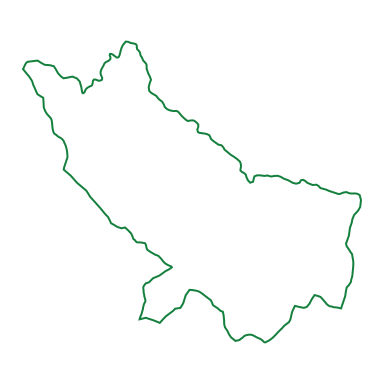 the district of Zobel, Tashigang, Bhutan
{"feature_id": "84629894B82504764239496", "entity_name": "Zobel", "entity_type": "district", "adm_level": 2, "iso_a3": "BTN", "parent_name": "Bhutan", "parent_adm1": "Tashigang", "projection": "natural_earth1", "projection_center": [91.442, 27.065], "detail": "fine", "context": "isolated", "style": "outline", "palette": "green", "viewbox_px": 384, "rotation_deg": 0, "n_neighbors": 0, "source": "geoboundaries", "source_scale": "gbopen_adm2", "svg_char_len": 5314}
<svg xmlns="http://www.w3.org/2000/svg" viewBox="0 0 384 384"><path d="M341.1,308.4L341.8,306.2L343.8,300.3L345.2,296.2L345.9,291.3L346.7,287.4L349.0,285.0L350.9,281.9L351.3,279.4L352.0,277.2L352.3,276.1L353.3,265.5L353.3,261.5L352.0,254.0L350.6,252.2L348.7,249.1L346.7,246.3L346.0,243.6L346.9,241.2L347.7,239.0L348.9,235.6L350.0,227.7L351.7,222.8L352.4,219.1L354.1,215.0L358.0,210.8L360.2,206.9L361.0,200.0L360.0,196.5L359.8,195.3L358.3,194.2L356.9,193.7L354.9,193.4L353.1,193.5L351.0,193.5L348.8,193.1L347.9,192.7L346.6,192.1L343.5,192.5L340.4,193.8L338.4,194.0L333.0,192.2L329.2,191.0L326.0,189.6L322.5,188.6L320.5,188.1L318.4,185.8L316.3,184.7L312.6,185.0L310.6,184.2L307.3,182.8L305.0,180.8L303.0,179.8L300.9,180.3L299.5,182.8L296.0,183.7L292.5,182.7L288.3,180.3L284.1,178.8L280.7,176.8L277.7,175.8L273.8,176.0L271.7,176.5L269.3,176.1L267.2,175.4L265.5,175.9L263.5,175.8L259.6,175.3L257.2,175.3L254.5,176.3L253.8,178.4L253.1,181.7L250.2,182.7L248.0,180.4L246.6,177.6L245.8,174.6L244.0,173.0L241.8,171.9L240.4,170.4L240.6,168.5L241.0,166.7L240.8,164.0L240.0,161.7L239.2,161.0L237.3,159.2L234.1,156.9L230.5,154.6L227.9,152.4L224.5,149.6L223.4,147.4L221.5,145.3L218.3,144.6L216.1,143.0L213.7,141.3L210.7,138.7L210.5,137.5L209.3,135.2L206.7,134.0L204.2,133.5L201.7,133.2L199.8,132.9L198.0,132.2L197.3,129.7L198.3,126.7L198.3,124.5L196.5,122.5L194.9,121.2L193.3,120.4L191.2,120.4L187.9,121.0L186.1,120.0L183.3,117.5L181.5,115.7L178.3,111.8L176.3,110.9L173.5,111.1L169.6,110.3L167.1,109.1L164.8,107.1L163.9,104.6L162.1,101.6L160.3,100.3L158.7,99.0L157.5,97.5L156.2,95.8L153.9,94.5L151.4,93.0L149.3,91.0L148.7,87.5L149.4,84.3L150.3,81.5L151.0,79.8L149.9,76.6L148.3,73.6L147.2,70.3L146.7,69.0L146.5,64.4L144.7,62.0L143.3,60.7L142.0,57.7L140.6,55.5L139.9,52.5L139.0,51.0L137.2,49.2L136.8,47.7L136.8,45.5L135.7,44.0L133.8,43.5L130.8,43.0L128.1,41.8L125.7,41.6L123.8,44.0L122.9,45.1L122.2,46.4L121.5,48.0L121.1,49.4L120.5,51.2L120.3,52.6L119.9,53.7L119.6,55.0L118.8,56.9L117.6,57.6L116.5,57.4L115.3,56.5L113.5,55.1L112.3,54.3L110.8,53.8L110.0,54.0L109.7,55.3L110.1,56.3L110.5,57.7L110.3,59.2L109.0,60.5L107.7,61.2L106.5,61.8L105.8,62.2L104.6,63.2L103.8,64.8L103.3,66.0L102.7,67.0L102.2,67.9L101.7,68.7L101.4,69.5L101.0,70.5L100.6,72.0L100.6,73.7L101.0,75.1L101.5,76.3L102.1,77.6L102.2,79.0L101.8,79.9L100.2,80.6L98.3,80.7L96.3,79.8L95.2,79.5L94.0,79.5L93.0,80.8L92.8,81.8L92.7,82.8L92.3,84.7L91.7,85.6L90.9,86.0L89.4,86.6L88.3,87.2L87.3,87.9L86.3,88.7L85.7,89.6L85.2,90.5L84.6,92.1L83.5,93.1L82.6,93.1L82.1,91.8L81.6,89.1L81.4,87.5L79.7,81.5L76.9,78.4L72.4,76.6L67.6,77.6L63.6,78.3L61.0,76.5L58.0,73.2L55.7,69.1L53.8,66.2L49.9,65.2L44.7,64.8L41.6,63.1L37.6,60.6L27.5,61.8L26.1,63.0L24.8,65.3L23.7,67.9L23.0,69.1L25.4,72.0L26.5,73.4L28.9,76.2L31.4,79.9L32.2,81.4L33.3,85.0L34.7,88.0L35.6,90.1L36.7,92.7L37.5,94.2L41.5,96.8L43.2,97.7L43.5,101.5L43.7,105.3L43.8,107.5L44.1,108.4L45.3,111.3L47.0,114.0L48.9,116.1L51.0,118.5L51.6,120.2L52.0,122.1L52.2,124.8L52.6,128.6L53.1,130.6L53.5,132.2L54.2,133.5L56.2,134.9L58.3,136.7L60.7,138.0L62.2,139.1L63.7,141.0L64.4,142.9L65.3,144.7L66.0,146.8L66.7,149.3L67.2,152.6L67.5,157.1L65.6,163.0L64.2,167.2L63.7,169.6L69.8,174.9L70.7,175.6L76.7,182.4L77.4,183.1L82.8,187.7L86.1,190.4L88.1,193.4L89.3,195.4L89.9,196.5L99.8,207.5L104.8,213.6L108.1,217.1L109.5,219.8L111.1,223.3L113.2,224.4L117.5,227.0L121.7,228.3L123.7,227.8L125.1,227.5L127.5,229.7L131.1,233.4L132.3,235.8L133.0,238.1L133.6,239.2L134.7,239.9L135.4,240.8L136.0,241.6L136.9,242.3L139.2,242.4L141.2,242.5L145.0,243.2L145.9,244.8L146.5,247.7L147.2,249.6L149.6,251.4L155.0,254.6L158.3,255.8L161.1,258.7L163.0,261.2L165.3,263.5L168.2,265.2L171.4,266.5L171.8,267.4L169.1,269.3L165.6,271.1L163.4,272.7L162.0,273.7L159.7,275.4L158.6,275.9L157.7,276.3L153.1,278.2L149.7,281.6L148.9,282.4L145.8,283.3L144.7,284.8L143.9,285.7L143.3,287.3L143.3,288.8L143.6,290.2L143.6,291.6L143.7,292.9L144.2,294.7L144.3,295.9L144.6,297.4L144.9,298.4L145.3,299.7L145.4,300.7L145.3,301.7L144.5,303.0L144.0,304.1L143.6,305.4L143.1,307.5L142.9,309.1L142.4,310.8L142.0,312.3L141.6,313.7L141.1,315.1L140.7,315.9L140.1,317.3L139.6,319.3L145.9,317.8L147.6,318.4L148.6,318.7L153.7,320.4L156.7,321.6L158.9,322.5L159.8,322.9L163.1,319.2L165.0,317.2L165.6,316.5L167.2,315.3L168.5,314.3L169.6,313.5L172.9,311.0L174.4,309.6L175.1,308.7L177.7,308.3L180.4,307.9L183.2,303.3L185.7,295.3L189.5,289.9L191.9,290.0L195.9,290.6L198.9,291.5L201.1,292.8L204.6,295.5L207.1,297.4L211.0,300.4L213.1,305.3L217.6,308.2L220.6,310.9L222.8,311.7L223.6,315.2L224.1,320.3L224.2,324.2L225.0,327.3L227.7,331.4L228.8,334.0L231.1,337.4L235.6,341.0L237.2,340.4L238.2,340.4L239.6,339.9L240.7,338.9L242.0,338.1L243.1,337.2L244.0,336.2L245.6,335.4L247.4,334.9L249.8,334.6L252.3,335.0L254.5,336.1L257.0,337.5L260.1,338.8L262.3,340.3L264.2,342.2L265.4,342.4L266.4,341.8L268.5,340.8L270.9,339.2L273.2,337.3L276.2,334.2L278.9,331.3L281.8,328.5L284.3,325.7L286.5,324.0L289.0,322.1L290.2,319.9L290.8,317.8L291.5,314.5L292.0,312.4L292.8,310.3L293.8,308.3L294.9,305.9L299.6,307.0L301.9,307.5L303.8,307.8L305.5,307.4L307.0,306.8L308.7,304.5L309.6,303.5L310.9,300.9L312.1,298.7L313.5,296.7L314.5,295.1L317.4,295.8L319.7,296.6L320.8,297.2L322.9,299.5L325.0,302.0L326.9,304.3L328.6,305.6L329.9,306.3L331.7,306.5L333.6,307.2L337.1,307.5L341.1,308.4Z" fill="none" stroke="#15803d" stroke-width="2"/></svg>